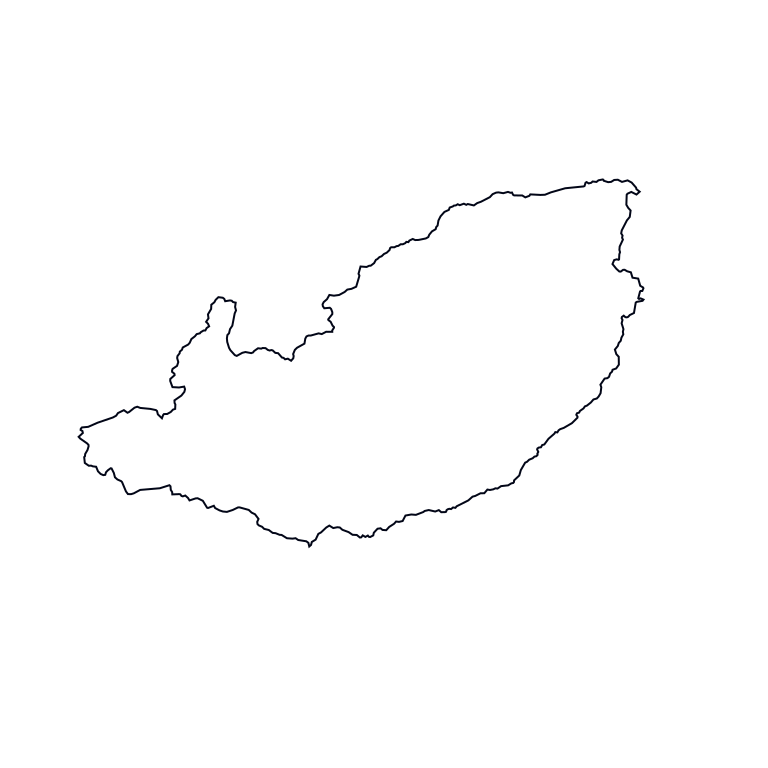 the district of Cotabambas, Apurímac, Peru, rotated 69°
{"feature_id": "86281439B97750669772673", "entity_name": "Cotabambas", "entity_type": "district", "adm_level": 2, "iso_a3": "PER", "parent_name": "Peru", "parent_adm1": "Apurímac", "projection": "natural_earth1", "projection_center": [-72.288, -14.041], "detail": "fine", "context": "isolated", "style": "outline", "palette": "ink", "viewbox_px": 768, "rotation_deg": 69, "n_neighbors": 0, "source": "geoboundaries", "source_scale": "gbopen_adm2", "svg_char_len": 6147}
<svg xmlns="http://www.w3.org/2000/svg" viewBox="0 0 768 768"><g transform="rotate(69 384 384)"><path d="M257.5,187.4L254.6,194.9L253.6,195.7L251.1,195.9L250.8,197.4L249.1,199.4L248.6,204.3L246.1,208.5L245.5,210.8L245.7,214.6L247.5,218.2L248.6,228.2L248.5,232.1L249.5,236.1L246.0,241.3L246.2,243.0L244.3,244.8L244.2,249.2L242.6,250.8L243.0,252.9L242.5,254.9L242.9,256.1L242.8,259.4L244.7,261.1L245.0,265.9L247.7,271.1L250.9,274.6L255.3,277.2L256.2,279.0L258.0,280.3L258.7,284.5L260.8,288.2L262.7,290.0L263.1,292.8L261.9,300.1L260.8,303.3L258.9,305.2L259.2,308.9L260.3,310.4L259.3,312.2L260.1,313.6L260.3,316.3L259.5,318.4L260.2,321.2L259.8,322.9L260.1,325.3L258.9,328.3L259.3,329.6L260.9,330.8L262.4,334.4L262.6,337.4L263.9,340.5L263.9,342.8L265.0,345.4L265.2,347.1L267.6,349.9L268.8,354.0L268.3,355.4L268.5,358.3L265.9,363.8L272.0,368.3L273.9,368.1L275.0,368.8L283.2,375.1L283.5,380.3L282.7,384.4L284.0,387.8L284.8,394.0L283.6,399.1L281.3,403.1L284.4,406.8L285.9,410.9L287.6,412.8L289.5,413.2L291.9,412.6L293.4,407.3L294.9,406.5L298.4,406.5L300.2,407.2L303.6,412.9L304.4,413.0L306.8,411.5L311.1,411.1L312.8,410.3L313.5,410.5L315.5,413.2L316.7,413.6L314.5,419.3L315.1,424.2L313.3,426.9L312.5,435.1L311.7,437.2L311.8,439.3L313.4,441.2L317.8,443.8L319.0,452.2L320.2,455.0L323.5,458.1L325.5,458.3L327.5,459.5L329.0,462.4L325.9,464.7L325.5,467.5L323.6,468.4L322.7,469.8L317.3,471.8L316.0,474.3L312.7,475.9L311.9,477.1L311.8,478.7L310.5,480.3L308.1,481.7L306.9,484.4L307.0,485.9L305.5,488.8L306.7,493.5L307.6,494.9L307.6,496.9L304.5,501.9L304.1,505.1L305.0,511.4L303.6,512.9L297.4,515.3L294.7,515.7L288.6,515.3L285.1,514.3L282.2,512.7L281.1,510.5L277.6,508.1L275.2,504.7L264.6,498.1L262.3,495.8L258.7,495.4L254.9,493.3L253.4,495.6L251.7,496.3L250.8,497.8L249.8,502.6L247.3,502.6L245.7,503.6L243.6,507.5L245.1,511.0L246.9,513.1L248.1,516.8L252.0,518.5L255.9,523.4L259.8,524.3L262.2,527.8L264.7,526.7L267.5,526.6L268.2,529.5L270.0,531.6L269.4,533.3L270.0,536.6L270.7,537.7L270.3,541.0L271.7,543.4L273.0,547.7L275.9,550.6L277.0,552.7L277.8,558.8L279.6,560.3L280.6,563.0L282.1,563.8L283.9,566.8L285.6,567.8L289.8,568.2L292.9,570.7L294.1,575.9L295.4,577.0L296.7,577.5L299.3,576.0L300.7,576.3L302.7,581.7L304.5,582.5L311.1,582.6L313.8,576.6L314.8,571.5L317.5,571.6L319.8,573.2L322.2,577.3L324.2,585.5L326.7,586.3L328.3,586.1L332.4,587.9L332.3,590.2L333.7,593.1L334.3,597.2L333.2,600.2L333.8,601.3L336.4,603.6L331.3,606.0L327.9,605.6L326.6,606.3L323.5,611.1L319.0,620.1L316.8,622.5L316.7,625.4L318.8,632.0L318.9,633.8L315.2,636.2L315.8,642.8L317.6,645.4L318.1,649.1L317.5,665.2L318.0,675.5L316.3,681.6L317.1,683.1L318.2,683.7L319.8,682.4L321.8,682.7L323.9,688.0L326.2,687.1L333.0,682.5L334.9,681.7L336.3,682.1L339.4,684.5L342.2,688.0L344.3,689.1L344.8,690.1L350.5,691.6L354.5,688.9L355.3,686.6L356.5,685.4L358.1,682.4L363.0,682.3L366.4,680.8L368.5,678.7L368.9,676.8L366.8,675.2L365.6,672.7L364.7,669.4L365.2,668.6L370.2,668.1L374.7,668.6L377.6,667.1L380.5,664.2L381.7,663.7L391.8,663.4L395.0,662.5L396.2,659.6L396.4,656.8L395.5,649.6L401.0,630.6L401.6,620.6L403.0,620.0L406.4,621.0L409.0,620.5L411.2,621.2L413.4,614.7L414.0,613.7L415.9,613.2L416.8,612.1L416.9,609.5L420.2,607.8L423.0,607.3L423.3,600.8L423.9,598.9L428.1,595.0L436.1,593.5L436.7,592.7L436.7,586.5L439.3,586.1L443.1,582.8L445.3,580.1L447.1,576.5L447.4,570.4L446.9,564.4L447.4,563.1L453.1,555.4L456.6,553.7L459.4,551.1L465.0,549.5L467.3,551.8L469.5,552.3L471.2,551.5L473.6,549.0L476.3,547.8L479.0,543.9L483.1,541.3L484.4,538.7L487.4,535.5L488.2,533.7L493.2,529.9L495.6,524.8L496.3,521.8L498.9,520.0L503.0,512.9L505.2,511.5L508.9,512.0L508.1,509.8L505.6,508.0L504.8,503.6L500.4,499.0L500.0,496.0L497.3,489.4L496.6,485.8L500.3,483.0L501.0,478.9L502.1,476.7L505.2,475.1L509.6,470.1L513.5,467.4L515.2,463.5L518.7,461.5L519.0,460.2L517.7,458.1L520.1,456.2L519.7,453.4L521.2,452.9L521.9,451.8L521.5,448.3L519.2,446.8L516.8,441.9L517.5,438.9L519.7,437.7L521.3,434.3L519.3,430.4L518.1,424.7L516.7,422.0L518.1,419.4L518.6,415.7L514.5,411.1L515.6,405.3L517.6,401.1L517.6,393.1L517.1,391.6L517.7,387.4L521.4,381.9L521.4,378.0L524.2,376.5L525.5,372.8L525.5,371.8L524.2,370.8L523.8,369.5L523.9,367.8L524.8,366.2L524.0,363.8L525.2,361.7L524.2,360.0L522.9,347.0L520.9,341.7L521.2,339.0L520.6,333.1L521.9,329.5L519.6,325.3L520.9,323.1L521.5,319.7L521.3,317.4L522.3,315.5L521.3,311.3L523.1,304.4L522.4,300.8L522.7,298.8L522.1,297.8L520.6,297.1L517.9,290.5L513.4,287.1L508.0,280.4L507.9,278.4L506.7,275.6L506.6,271.8L505.7,269.6L506.0,267.6L505.2,266.0L504.0,265.8L502.7,264.3L500.0,264.5L499.2,263.9L498.8,262.4L499.3,260.1L497.7,258.2L497.9,256.0L494.1,250.1L491.4,242.7L490.3,241.3L491.3,239.5L489.8,237.6L489.3,235.7L489.4,231.9L487.9,222.6L484.8,215.5L483.8,215.0L481.7,215.5L480.5,214.4L480.6,212.0L479.4,210.8L478.3,206.5L476.9,204.5L476.9,202.3L475.4,197.5L473.5,194.0L473.8,190.5L472.6,188.1L470.2,185.1L464.9,182.3L462.2,182.2L458.0,176.1L458.6,173.3L457.9,171.3L455.2,169.1L454.2,166.7L452.6,165.5L452.7,161.7L450.1,157.8L442.7,155.1L439.4,156.4L434.6,156.1L432.3,152.1L429.8,150.1L428.5,147.5L425.8,145.7L423.4,142.8L420.9,142.3L418.6,140.8L412.5,140.4L409.7,138.4L407.7,138.6L406.7,137.9L406.1,135.7L408.1,134.7L408.8,133.4L408.8,132.0L407.7,129.8L407.3,125.2L398.2,119.8L397.9,118.6L399.0,112.8L398.2,111.5L396.0,113.8L396.0,115.4L395.1,115.9L389.5,111.9L389.1,111.2L389.7,109.5L387.6,107.5L386.8,107.5L384.1,109.6L376.7,108.9L373.8,113.9L368.2,113.5L365.9,116.6L363.6,118.4L363.1,119.9L363.9,122.7L363.3,124.0L359.7,125.8L353.9,127.7L350.8,124.7L351.0,122.1L352.1,120.5L351.9,119.9L347.2,117.8L345.5,116.4L343.2,116.2L340.1,114.7L334.8,109.2L332.8,109.3L330.9,108.1L328.4,108.6L325.8,107.0L318.3,98.6L316.1,94.7L310.4,91.6L307.1,92.9L303.5,93.5L294.3,89.6L293.6,88.5L293.3,84.3L297.6,80.4L296.1,76.4L292.6,78.5L291.0,78.3L284.7,80.6L281.2,83.6L280.6,89.4L277.1,92.5L276.0,96.0L276.7,99.5L275.9,102.4L273.0,106.0L271.9,106.0L271.4,106.6L270.7,110.8L271.5,113.2L269.7,116.7L270.4,118.4L270.1,121.0L268.1,122.5L268.3,123.7L271.0,125.8L271.1,126.8L266.2,144.7L264.9,159.5L265.0,165.9L263.5,170.3L259.4,179.5L260.4,180.8L260.4,185.2L257.5,187.4Z" fill="none" stroke="#020617" stroke-width="2"/></g></svg>